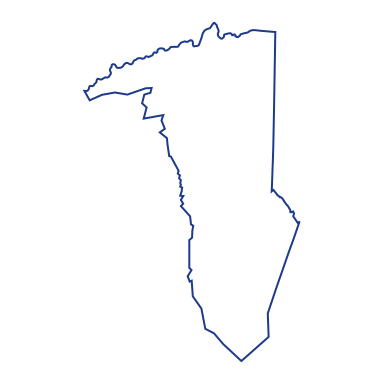 Greenville, South Carolina, United States of America
{"feature_id": "52423323B27353440150163", "entity_name": "Greenville", "entity_type": "district", "adm_level": 2, "iso_a3": "USA", "parent_name": "United States of America", "parent_adm1": "South Carolina", "projection": "equal_earth", "projection_center": [-82.43, 34.85], "detail": "fine", "context": "isolated", "style": "outline", "palette": "blue", "viewbox_px": 384, "rotation_deg": 0, "n_neighbors": 0, "source": "geoboundaries", "source_scale": "gbopen_adm2", "svg_char_len": 3509}
<svg xmlns="http://www.w3.org/2000/svg" viewBox="0 0 384 384"><path d="M150.7,56.1L149.2,56.8L148.4,57.0L148.0,56.7L146.6,56.4L145.8,56.4L144.3,58.3L142.3,58.8L140.9,58.2L138.3,58.2L137.4,58.6L136.9,58.9L136.7,59.3L135.4,60.0L134.3,60.3L133.0,62.2L132.5,63.4L131.6,64.2L130.4,64.3L129.6,64.1L128.4,63.3L127.0,62.8L125.9,63.1L124.7,63.9L123.8,64.8L123.1,66.1L121.6,67.3L120.0,67.9L117.5,67.9L116.5,67.3L116.2,66.6L115.6,65.5L114.9,64.6L113.5,64.2L112.6,64.3L111.8,64.9L111.6,66.2L111.5,67.1L111.2,67.4L110.7,67.9L110.2,68.8L110.0,69.5L109.9,70.1L110.1,70.9L110.8,72.3L110.9,73.3L110.5,74.3L108.7,77.0L107.4,77.6L106.5,77.4L105.5,77.3L104.4,77.8L101.6,79.5L99.8,79.4L98.7,78.9L97.5,78.9L96.8,79.9L96.6,80.6L96.5,81.9L96.1,82.5L94.4,84.2L93.5,85.7L92.3,86.2L90.7,85.9L89.6,86.2L89.1,87.4L89.0,88.5L88.0,90.3L86.8,91.0L84.4,90.9L89.7,100.3L102.0,94.8L115.0,92.5L127.3,94.6L145.6,88.3L151.6,88.0L150.4,92.8L144.3,94.6L142.1,103.3L146.6,107.5L143.7,118.6L163.3,115.1L161.5,120.4L164.8,128.8L159.8,132.4L166.9,138.1L167.5,144.3L169.2,156.1L170.9,156.6L178.6,170.8L177.8,173.6L179.9,175.4L179.1,178.3L180.8,180.1L180.3,183.5L180.9,184.7L180.2,186.6L182.2,187.6L181.9,188.8L181.8,190.9L180.2,195.7L183.3,196.0L180.9,199.9L183.2,203.7L180.9,206.1L190.1,216.3L191.0,224.4L193.2,225.7L192.3,231.1L192.1,237.6L189.3,240.1L189.3,267.9L191.5,270.1L187.7,276.2L189.7,281.6L191.7,280.7L192.8,296.3L201.4,308.6L205.3,328.8L214.0,333.3L223.4,344.3L241.4,361.0L268.6,336.9L267.8,313.3L277.1,285.6L282.0,271.7L288.7,252.3L293.7,238.6L299.6,221.4L297.9,223.1L293.2,216.3L294.1,213.5L293.7,212.9L293.3,212.2L293.4,211.9L293.3,211.7L293.2,211.5L292.8,211.6L292.5,211.7L291.7,212.1L291.2,212.2L291.0,212.3L290.4,212.2L290.3,211.6L290.4,211.2L290.4,210.5L290.2,210.0L289.8,209.2L289.6,208.9L289.4,208.7L289.2,208.2L288.9,207.7L288.8,207.3L288.6,207.1L288.4,206.9L287.9,206.1L287.7,205.9L287.3,205.4L286.9,205.1L284.9,202.4L284.4,201.8L284.3,201.6L284.3,201.2L284.2,201.0L283.8,200.7L283.7,200.5L283.4,200.1L283.2,199.9L283.0,199.4L282.9,199.2L282.6,198.8L282.4,198.5L281.8,198.0L281.7,197.9L281.4,197.6L281.0,197.3L280.8,197.2L280.5,197.1L280.4,197.1L280.0,197.3L279.9,197.3L279.8,197.2L279.7,196.9L279.3,196.5L279.0,196.3L278.7,196.1L278.5,195.9L278.2,195.6L277.7,195.5L277.5,195.4L277.4,195.1L277.2,194.7L273.4,189.9L271.7,191.4L272.1,181.7L272.6,167.1L272.8,162.5L273.3,146.4L274.1,105.0L275.3,32.0L275.2,32.0L270.2,31.6L260.8,30.8L254.8,30.1L252.7,30.2L252.1,30.2L250.1,30.8L247.7,32.5L243.6,33.4L240.9,34.2L240.5,34.4L239.9,35.7L237.9,37.1L236.7,37.0L235.4,36.2L235.4,35.2L234.6,34.5L234.3,34.4L232.8,35.2L232.3,35.2L232.1,35.1L231.7,34.1L230.6,33.3L228.6,33.4L227.4,33.7L224.7,34.4L224.1,34.9L224.0,35.7L224.0,36.5L223.7,37.2L222.1,38.6L221.3,38.7L220.6,38.3L219.3,37.3L218.3,36.2L217.9,34.9L217.8,34.2L218.0,33.1L218.5,32.0L218.7,31.0L218.1,29.1L216.9,26.6L216.8,25.3L214.6,23.0L213.7,23.0L212.8,24.0L210.1,28.1L207.3,29.0L205.2,30.1L204.4,30.8L202.8,33.3L201.5,37.9L199.4,43.6L198.9,45.0L197.5,45.9L194.2,46.3L193.5,46.2L192.9,44.4L192.9,42.8L192.8,41.8L191.9,40.5L190.4,40.2L187.6,41.8L186.1,41.8L184.8,41.4L182.1,42.2L180.9,42.8L179.7,44.1L178.1,46.6L176.5,46.9L174.4,46.8L170.9,47.0L170.6,47.2L170.5,47.4L169.8,48.1L169.0,49.1L167.5,50.1L166.1,50.6L165.2,50.6L164.4,50.0L164.0,49.2L163.9,48.9L162.4,48.4L161.0,48.4L160.0,48.4L158.9,48.8L158.1,49.5L157.6,50.0L157.4,51.0L157.4,51.9L156.9,52.4L156.1,52.8L155.3,52.4L154.3,52.5L153.5,53.1L153.0,54.3L152.2,55.4L150.7,56.1Z" fill="none" stroke="#1e3a8a" stroke-width="2"/></svg>